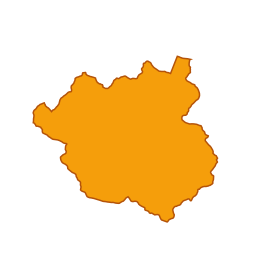 the district of Julcan, La Libertad, Peru, rotated 104°
{"feature_id": "86281439B76947314697902", "entity_name": "Julcan", "entity_type": "district", "adm_level": 2, "iso_a3": "PER", "parent_name": "Peru", "parent_adm1": "La Libertad", "projection": "natural_earth1", "projection_center": [-78.495, -8.189], "detail": "fine", "context": "isolated", "style": "filled", "palette": "amber", "viewbox_px": 256, "rotation_deg": 104, "n_neighbors": 0, "source": "geoboundaries", "source_scale": "gbopen_adm2", "svg_char_len": 5745}
<svg xmlns="http://www.w3.org/2000/svg" viewBox="0 0 256 256"><g transform="rotate(104 128 128)"><path d="M160.8,32.3L160.4,32.6L159.9,32.8L157.4,32.6L153.9,33.3L153.5,33.9L153.4,34.8L152.7,35.7L151.4,37.0L150.7,37.2L149.6,36.9L148.0,36.0L145.9,35.2L143.8,34.3L141.2,33.9L139.5,33.0L139.2,33.1L138.1,34.1L137.4,34.4L137.1,34.5L136.1,33.8L135.5,33.9L135.0,34.6L134.2,35.1L133.6,35.7L133.3,37.2L132.2,39.1L131.9,39.5L130.8,39.5L130.1,39.8L129.0,40.5L126.8,42.6L125.8,43.8L125.0,45.4L124.4,46.3L122.1,49.4L121.7,49.9L121.2,50.1L120.2,50.2L119.5,50.0L119.0,49.8L118.6,49.2L117.8,48.4L116.3,48.1L116.1,48.3L116.0,49.7L115.7,50.8L115.3,51.5L114.4,52.3L113.6,52.5L113.3,52.8L112.1,54.9L111.5,55.5L110.8,55.9L110.0,56.1L109.5,56.4L108.7,57.3L108.2,57.6L108.1,58.0L108.3,58.7L108.0,61.0L107.8,62.1L108.1,65.0L108.5,67.0L109.2,69.2L108.9,73.1L108.5,74.5L107.0,77.5L106.0,78.0L104.5,78.3L103.5,78.2L102.8,77.7L102.3,77.1L101.7,75.3L101.3,74.7L100.5,74.2L99.9,74.0L98.8,74.2L98.5,74.2L97.6,73.5L97.1,73.4L96.2,73.4L95.0,73.8L94.6,73.8L94.1,73.7L93.3,72.9L91.7,72.2L91.2,72.0L90.5,72.0L89.2,71.3L88.2,70.5L84.6,68.5L83.8,67.6L83.2,67.1L82.2,66.7L80.8,66.5L79.5,66.4L77.6,66.9L76.5,67.4L74.2,68.9L72.5,70.4L72.0,71.2L71.6,72.2L71.1,73.0L70.7,73.3L70.0,73.7L69.8,74.8L69.8,76.3L68.8,78.8L68.1,81.9L67.1,83.3L66.3,83.9L65.4,84.0L63.8,83.1L62.7,82.9L61.9,82.4L61.0,82.3L59.3,81.0L58.9,80.9L57.5,81.4L56.2,81.6L55.0,82.1L54.0,82.1L53.7,82.4L53.5,83.0L53.1,83.4L52.3,83.9L50.1,84.4L47.1,84.6L46.6,84.3L46.3,83.9L46.4,86.9L47.0,90.9L47.1,91.9L46.8,94.8L46.6,95.6L46.5,97.3L46.5,97.5L64.8,99.9L64.5,102.3L64.7,103.6L64.6,104.6L64.2,105.9L65.0,109.0L65.3,111.2L65.2,112.0L64.0,114.9L63.3,117.0L62.7,118.1L60.9,120.4L60.1,121.0L59.4,121.6L59.0,122.4L58.8,123.1L58.7,123.9L58.4,124.6L58.3,124.9L58.4,125.3L58.7,126.0L59.8,126.8L60.9,127.3L61.2,127.6L61.5,128.5L62.3,128.6L63.8,128.1L64.9,128.1L66.1,128.5L66.7,129.0L67.4,129.1L68.1,128.8L68.7,128.4L69.4,127.7L69.9,127.5L70.5,127.5L71.5,127.9L72.5,129.0L73.9,130.3L75.9,130.9L77.6,131.1L78.1,131.9L78.3,132.4L78.5,134.4L78.8,135.6L79.9,137.1L80.0,137.4L79.8,138.5L79.2,140.7L78.5,142.3L78.3,143.2L78.5,144.0L79.7,145.9L80.2,147.1L82.1,148.6L82.3,149.0L82.4,149.4L82.3,150.9L82.6,151.3L83.9,151.9L84.5,152.6L85.3,153.2L87.9,153.5L88.9,154.0L90.7,154.4L91.3,154.8L92.5,155.8L93.5,156.3L94.5,157.2L94.6,157.5L94.7,158.2L95.0,159.0L95.0,159.8L94.4,162.1L94.1,162.5L93.7,162.4L93.3,162.5L92.8,162.9L92.2,163.3L92.3,164.5L92.0,165.0L91.9,165.5L92.1,166.1L92.1,166.4L91.5,167.8L91.3,168.6L90.2,169.8L88.3,171.2L87.4,171.6L87.2,173.4L87.1,176.4L87.2,177.1L86.9,178.6L86.9,179.4L86.6,180.5L86.4,181.0L86.1,181.6L84.6,182.4L84.4,182.8L84.9,183.9L85.3,185.1L85.6,185.3L86.0,185.4L86.6,185.2L87.5,185.3L88.2,185.5L88.5,185.7L89.5,187.4L90.4,188.4L91.0,189.7L92.4,191.1L93.2,191.3L93.5,191.1L94.7,191.0L96.3,191.3L97.5,191.4L99.5,192.3L100.3,192.9L101.0,193.2L102.8,192.9L104.7,191.9L106.0,191.8L106.4,191.9L106.7,192.3L107.1,193.6L107.8,194.6L110.5,196.3L111.7,197.3L112.6,198.2L114.0,199.0L115.0,200.0L115.5,200.3L117.4,200.8L121.3,200.8L122.6,201.3L124.1,201.9L124.7,202.4L126.1,203.0L127.8,203.9L128.1,204.2L128.7,205.2L129.6,205.7L130.6,206.1L128.2,209.5L127.8,210.2L127.6,211.2L127.3,211.8L126.4,213.5L125.3,214.1L124.4,215.1L123.9,215.3L124.2,215.9L125.8,218.0L126.3,218.9L127.5,219.7L128.6,220.8L129.4,221.2L131.1,221.7L131.9,222.1L133.2,223.1L133.7,223.4L134.5,223.6L136.0,223.7L136.6,223.5L137.7,222.7L138.8,222.2L140.2,222.0L141.9,221.9L144.0,221.4L145.8,221.2L145.8,220.7L146.1,220.0L146.6,219.3L147.5,218.3L148.2,217.9L148.3,217.6L148.4,217.3L148.1,216.0L148.4,212.8L149.3,212.1L150.0,211.0L150.4,210.6L151.6,210.5L152.7,210.0L153.3,209.6L153.6,208.7L154.3,205.1L154.6,204.3L155.4,203.3L155.7,202.4L156.0,201.3L156.7,199.7L157.1,198.1L156.7,194.6L156.6,193.2L156.8,191.2L157.5,188.4L158.1,187.1L158.2,185.5L158.0,184.2L158.2,183.6L158.4,183.5L159.0,183.6L159.7,184.0L161.2,184.1L164.0,183.6L165.4,182.4L166.1,182.2L167.5,182.2L168.0,182.5L169.4,184.2L169.9,184.7L172.5,186.4L172.8,186.4L173.1,186.3L174.3,185.9L175.7,185.1L177.2,183.7L177.8,182.5L178.3,180.2L179.2,178.1L180.1,177.3L181.9,176.6L182.5,175.8L184.6,171.4L184.9,169.4L185.5,167.6L186.3,167.0L187.6,166.5L188.1,166.1L188.8,165.2L189.5,164.9L190.5,164.1L191.4,161.9L192.1,161.0L193.0,160.7L194.7,160.4L196.5,159.3L199.5,159.1L199.9,158.6L200.3,157.8L200.6,156.1L200.7,154.7L201.0,153.9L204.0,151.5L204.5,150.9L204.8,149.7L204.9,148.4L204.7,146.8L204.6,144.0L204.9,137.9L205.2,134.6L205.1,133.5L204.9,132.6L204.7,129.6L204.5,128.5L204.3,126.2L203.8,124.4L203.8,121.6L203.4,119.0L203.1,118.2L201.0,116.2L200.0,114.8L197.9,113.6L196.9,113.3L196.2,112.8L194.7,111.3L195.8,109.8L198.1,107.5L198.3,106.8L198.3,106.2L198.2,105.4L197.4,103.6L197.2,102.1L197.4,101.2L198.1,100.2L199.4,99.0L200.1,97.5L200.6,95.8L201.2,92.8L201.4,92.4L201.7,92.2L202.8,92.0L203.5,91.5L203.6,90.9L203.6,89.7L203.8,88.5L204.0,88.0L204.2,87.6L205.2,86.7L205.4,85.7L204.9,84.8L204.9,84.1L205.8,81.1L205.7,80.7L205.5,80.3L204.9,78.7L204.8,77.6L205.1,76.7L205.6,76.2L206.3,75.8L208.3,74.2L209.1,73.2L209.7,67.4L209.5,67.0L209.1,66.8L207.3,66.1L206.8,65.7L205.5,64.1L204.8,62.8L204.4,62.4L203.3,62.0L202.0,62.0L200.9,62.2L200.3,62.8L199.0,63.6L196.6,64.8L195.5,64.7L193.9,64.2L193.2,63.7L192.7,63.3L192.2,61.9L191.3,61.1L190.8,60.1L190.3,59.3L189.5,58.5L188.1,58.2L186.0,57.1L185.2,56.6L183.4,53.9L182.7,53.1L182.3,52.5L182.1,51.5L183.4,49.9L183.4,49.4L183.2,49.1L182.3,48.8L180.1,48.4L179.5,48.1L178.3,47.3L177.7,46.5L175.9,45.4L174.2,45.2L173.4,45.0L172.4,45.0L171.1,45.3L170.7,45.2L170.4,44.9L170.2,44.0L168.3,43.0L167.6,42.0L167.1,41.6L166.1,39.4L165.9,38.2L165.2,36.9L165.0,36.3L164.1,35.2L163.8,34.5L162.0,32.8L160.8,32.3Z" fill="#f59e0b" stroke="#b45309" stroke-width="1.5"/></g></svg>